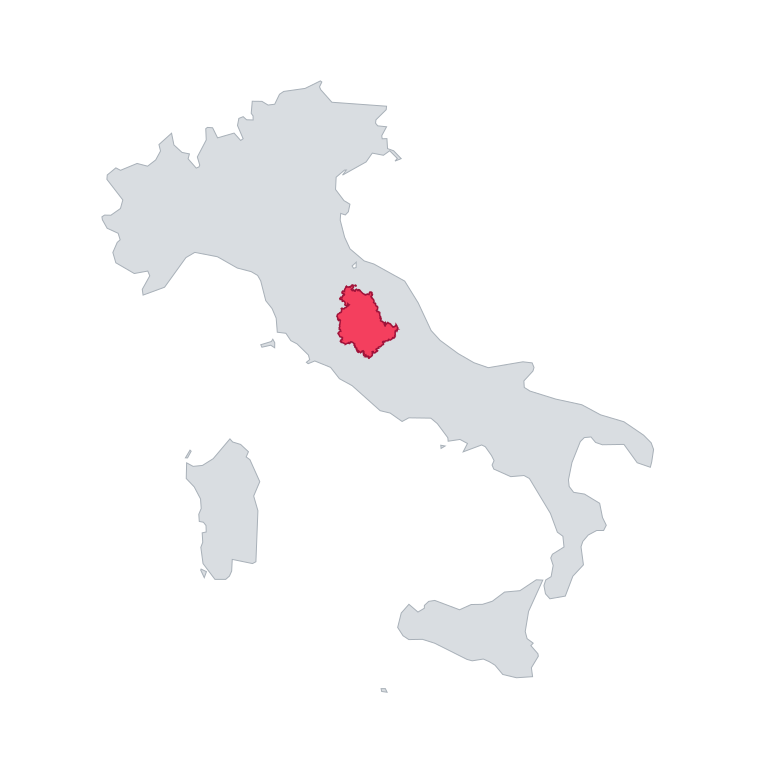 Umbria, Perugia, Italy (highlighted), rotated 353°
{"feature_id": "23120603B26790412086965", "entity_name": "Umbria", "entity_type": "district", "adm_level": 2, "iso_a3": "ITA", "parent_name": "Italy", "parent_adm1": "Perugia", "projection": "orthographic", "projection_center": [12.541, 42.991], "detail": "fine", "context": "in_parent", "style": "filled", "palette": "rose", "viewbox_px": 768, "rotation_deg": 353, "n_neighbors": 0, "source": "geoboundaries", "source_scale": "gbopen_adm2", "svg_char_len": 9697}
<svg xmlns="http://www.w3.org/2000/svg" viewBox="0 0 768 768"><g transform="rotate(353 384 384)"><path d="M144.2,136.8L148.5,139.8L165.8,135.0L175.9,139.0L184.7,133.8L190.6,125.5L189.8,118.9L203.7,109.2L204.6,121.1L211.7,129.5L218.9,131.9L217.0,136.6L223.9,146.8L226.8,146.0L227.8,144.3L226.4,135.9L237.3,120.1L238.2,108.9L240.0,107.8L245.1,108.8L248.8,119.4L265.8,116.7L271.4,124.8L274.1,123.4L270.1,109.6L272.3,102.7L276.8,101.5L279.8,105.0L286.3,106.0L286.7,101.9L285.2,99.2L287.7,87.3L297.3,88.6L302.9,93.0L309.6,93.0L315.6,83.7L320.1,81.4L341.7,81.0L357.8,75.4L359.1,76.7L356.2,81.2L357.1,84.2L366.6,98.0L420.4,108.6L419.6,112.0L408.2,120.8L407.4,124.1L409.2,127.0L417.9,129.0L412.0,137.3L412.1,140.4L416.8,140.8L416.2,150.8L422.0,153.7L428.5,162.4L422.1,164.1L424.7,161.7L418.1,153.2L411.3,156.9L400.5,153.4L393.3,161.4L368.3,171.6L372.7,167.0L370.8,166.9L361.7,172.9L359.6,185.0L366.6,197.1L372.1,201.4L369.6,208.7L366.2,211.5L361.8,209.4L360.5,216.0L362.8,233.5L366.7,245.7L379.3,259.4L388.6,263.7L417.1,284.4L427.8,307.6L437.3,336.7L445.0,347.5L461.1,362.7L475.8,373.8L489.4,380.5L524.6,378.9L533.6,381.1L534.9,385.9L533.4,389.3L523.2,398.0L522.8,404.5L528.0,408.8L552.6,419.9L577.8,428.7L595.2,441.0L617.5,450.7L635.4,466.4L642.0,474.9L643.6,481.8L640.2,494.0L638.2,499.1L625.7,493.0L614.8,473.2L593.3,470.9L586.9,467.8L583.0,461.8L576.3,461.6L571.8,465.1L561.0,484.8L555.4,501.6L555.3,508.3L559.0,514.6L569.6,517.7L583.5,528.7L584.6,543.2L587.4,551.3L584.1,556.2L577.3,555.3L568.3,558.8L562.2,564.4L559.7,569.6L559.9,587.8L548.0,597.8L538.1,616.6L522.5,617.4L518.7,611.9L518.2,603.5L520.7,598.2L526.4,595.6L529.8,584.7L528.3,577.0L530.4,573.5L542.8,567.7L543.0,556.9L538.0,552.2L533.4,532.7L516.8,495.5L511.8,491.9L498.5,491.4L482.6,481.8L481.4,477.6L483.9,473.5L482.0,468.1L476.9,458.6L473.5,456.4L454.3,461.0L459.6,453.2L452.7,448.3L440.7,448.6L440.8,445.1L432.1,429.8L426.3,423.6L404.5,420.6L397.4,423.4L386.6,413.6L376.9,410.0L352.2,381.8L340.4,373.3L333.0,361.0L318.1,352.7L311.2,354.6L309.6,353.0L313.2,350.7L312.5,346.0L302.6,333.6L296.8,329.6L292.8,321.7L284.4,319.6L285.0,305.5L282.1,295.5L276.8,286.9L274.2,266.6L271.8,260.8L265.9,256.3L252.5,251.0L234.2,237.4L212.2,230.3L202.8,234.4L178.0,261.2L155.7,266.4L155.6,260.6L164.7,248.1L163.3,243.1L149.6,243.9L132.6,231.0L130.9,220.4L136.5,210.9L139.7,208.7L138.5,202.0L128.2,195.7L124.5,186.7L124.4,183.7L127.2,182.3L133.5,183.2L143.8,177.7L147.2,169.5L133.9,147.1L134.8,142.8L144.2,136.8ZM370.5,265.0L371.3,259.7L366.7,263.0L367.9,265.4L370.5,265.0ZM517.7,598.0L499.8,627.3L494.0,646.9L495.0,654.2L500.5,659.4L497.9,661.6L503.9,670.5L504.0,673.0L495.7,683.6L495.8,692.6L479.7,691.7L466.5,686.8L459.9,676.6L454.6,672.4L449.1,669.1L437.8,669.5L432.7,667.4L402.6,647.4L391.0,642.1L377.5,640.7L372.2,636.2L367.9,627.3L373.2,613.4L381.9,605.7L389.9,614.5L396.7,611.5L397.1,608.7L401.9,605.2L408.0,605.0L431.5,617.3L443.7,613.5L454.9,614.7L465.1,612.8L478.3,605.2L493.7,605.7L511.3,596.9L517.7,598.0ZM241.7,442.8L248.8,465.8L241.0,479.3L243.4,494.4L235.2,544.8L231.6,546.2L212.0,539.6L210.0,551.1L207.2,555.8L203.1,558.6L192.4,557.3L182.5,540.2L182.3,523.8L184.8,519.0L185.4,509.6L189.5,509.2L190.1,502.8L187.9,499.2L183.9,497.9L184.3,490.7L187.4,485.3L187.9,475.7L183.1,463.0L176.2,453.7L178.5,438.2L184.5,442.5L193.9,442.7L205.4,437.3L224.4,419.7L226.7,423.1L234.3,426.5L241.2,434.7L238.3,439.6L241.7,442.8ZM279.1,326.0L280.6,329.7L279.9,334.7L276.3,331.7L267.3,332.6L266.5,330.0L277.4,328.1L279.1,326.0ZM184.9,548.6L182.0,554.3L179.4,546.4L179.9,545.4L184.9,548.6ZM184.4,427.2L180.0,433.4L177.9,433.1L183.4,426.0L184.4,427.2ZM349.5,690.3L344.2,688.9L344.0,686.0L348.2,686.5L349.5,690.3ZM437.1,453.0L432.8,454.9L432.9,451.7L437.1,453.0Z" fill="#d9dde1" stroke="#a8b0b8" stroke-width="1"/><path d="M359.2,283.3L358.7,282.3L358.1,282.7L357.9,283.6L357.5,283.9L357.3,284.4L356.5,285.2L356.3,286.0L356.1,287.2L355.6,286.7L354.9,287.1L354.6,286.9L354.5,287.2L354.2,286.9L353.6,287.5L353.4,288.2L353.5,288.8L354.5,289.3L354.6,289.6L355.0,289.5L355.1,289.9L355.5,289.9L355.7,290.1L355.6,290.6L355.4,290.8L355.1,290.5L354.8,290.8L353.9,291.2L353.7,291.6L353.8,292.0L353.0,292.8L351.9,292.5L351.7,293.0L350.8,293.4L350.5,293.9L350.8,294.8L351.6,294.8L352.5,294.5L352.8,294.7L352.6,295.9L352.6,296.6L352.7,296.9L353.5,296.8L353.8,296.5L354.8,297.3L355.2,298.2L355.3,299.1L355.2,299.5L355.3,299.7L354.8,300.4L355.1,301.2L356.5,301.9L357.1,301.9L357.4,301.1L357.3,300.8L357.8,299.9L357.9,300.2L358.1,300.2L359.1,301.1L358.6,301.3L358.4,301.9L357.0,302.4L355.8,303.5L354.6,303.5L353.4,304.6L351.5,303.6L350.8,303.9L351.2,305.0L350.9,305.2L350.9,305.8L350.4,306.7L350.6,306.9L350.3,307.5L349.6,307.9L348.8,307.8L348.0,308.6L346.7,309.0L346.1,309.7L345.8,310.8L345.5,311.0L345.9,311.6L345.9,312.3L346.3,313.1L346.2,313.4L345.9,313.8L346.5,315.3L346.7,315.5L347.0,315.3L347.1,314.8L347.4,314.5L348.1,314.9L348.5,315.6L348.1,316.5L348.0,317.3L347.3,319.9L347.0,320.0L347.0,320.9L347.2,321.3L347.1,321.7L346.6,322.4L346.6,322.9L346.4,323.0L346.5,323.2L346.3,324.3L347.3,324.6L347.5,326.4L346.8,326.3L346.1,326.4L345.4,327.5L344.5,328.0L344.6,328.5L345.1,328.6L345.2,329.6L345.5,330.1L346.0,331.7L346.6,332.0L346.9,331.9L347.7,332.5L348.3,332.7L348.2,333.0L348.4,333.3L348.0,333.6L348.0,334.1L347.7,334.3L347.8,334.5L347.5,334.6L347.4,334.8L347.5,334.9L346.9,334.9L346.7,335.0L346.7,335.4L346.1,335.8L345.9,336.3L346.9,336.8L346.6,337.5L348.2,338.0L349.4,338.8L350.4,339.5L350.4,339.9L350.9,339.6L351.5,339.6L352.4,339.1L353.3,339.2L353.8,338.7L354.3,339.5L354.6,339.6L354.9,338.9L355.3,339.2L355.6,339.0L355.6,338.5L356.2,338.0L356.9,338.2L357.4,338.9L357.8,338.7L358.1,338.9L359.1,340.0L359.0,340.4L359.8,340.8L359.1,341.9L359.9,342.4L360.0,342.8L359.7,342.7L359.8,343.0L359.5,343.6L359.7,344.0L360.5,344.7L360.6,345.0L361.2,345.0L361.3,346.1L361.1,346.1L361.1,346.4L360.8,346.4L360.8,346.5L361.1,347.1L361.8,347.4L361.2,347.6L361.2,348.0L361.3,348.1L361.8,347.9L361.8,348.1L362.1,348.1L362.6,348.7L362.4,349.1L362.2,348.8L361.8,348.8L361.8,349.0L362.2,349.3L362.9,349.3L363.4,348.8L364.2,349.4L364.5,350.1L366.1,349.2L366.0,348.8L366.2,348.7L366.8,348.5L367.3,348.9L367.5,348.7L367.9,349.3L367.2,349.8L367.2,350.5L367.9,350.6L368.0,351.0L367.4,351.0L367.4,351.6L367.2,351.8L367.5,352.3L367.3,353.0L367.6,353.2L368.4,352.9L368.9,353.1L369.5,352.8L369.6,353.3L369.2,353.5L369.3,353.7L369.2,354.3L368.6,354.6L368.9,354.7L369.4,354.5L369.6,354.8L370.2,354.3L370.7,354.7L371.5,354.3L371.9,354.7L371.6,354.9L371.6,355.7L371.9,356.5L372.2,356.7L372.4,356.6L372.5,356.4L373.2,355.6L373.6,355.7L374.1,355.5L375.4,354.5L375.7,354.4L375.7,354.1L376.1,353.6L376.0,352.4L376.3,351.4L376.3,350.9L376.1,350.6L376.4,350.4L377.3,350.5L377.2,351.0L377.7,351.7L377.6,351.9L378.7,352.0L379.6,351.6L380.0,350.9L380.3,350.7L380.5,350.9L380.9,350.9L381.7,350.3L380.8,349.4L380.3,348.5L381.1,348.0L381.9,348.1L382.2,347.8L383.1,347.8L382.9,347.1L383.1,347.0L383.1,346.7L384.6,346.4L385.0,346.6L386.1,345.8L386.3,345.4L387.4,344.9L388.3,344.7L388.4,343.9L387.9,342.8L387.7,342.6L387.8,342.0L388.5,341.6L389.3,342.0L389.4,342.4L389.9,342.4L390.2,341.6L390.9,341.4L393.2,341.6L393.6,341.3L393.6,340.7L394.1,340.2L394.4,340.3L394.6,340.9L395.8,341.1L397.8,340.0L397.8,339.8L398.2,339.5L398.2,339.1L398.7,338.9L399.4,339.7L400.6,338.6L400.6,338.0L401.0,337.7L400.6,337.3L401.3,335.9L401.2,335.2L401.2,334.4L401.7,333.6L401.5,332.9L402.1,332.7L402.5,332.2L403.2,332.1L403.4,332.9L403.7,332.4L403.7,332.1L404.0,331.1L404.3,331.1L404.0,330.9L404.3,330.6L404.5,330.0L404.5,329.6L404.1,329.2L403.8,327.6L403.5,327.2L403.2,326.5L403.0,327.3L402.6,327.5L402.2,328.1L401.8,328.0L401.1,328.5L400.9,328.3L400.0,328.7L399.7,328.5L399.7,328.1L399.2,327.8L399.0,327.1L398.1,326.0L397.8,325.2L396.8,324.8L396.8,324.6L396.4,324.6L396.1,324.4L395.3,323.4L394.1,324.5L393.3,324.5L393.1,323.8L392.9,324.4L392.6,324.6L393.0,324.9L393.0,325.0L392.8,325.0L393.0,325.3L392.7,325.5L392.4,326.5L391.9,326.4L391.8,326.0L391.8,325.4L391.6,325.1L391.5,324.6L391.8,323.8L391.7,323.7L391.9,323.1L390.7,322.9L390.7,322.4L390.6,322.2L390.1,321.9L389.7,321.4L389.2,321.5L388.3,320.8L388.5,320.3L388.9,319.6L388.0,318.1L388.4,317.2L388.8,317.5L388.7,317.1L388.8,316.6L388.2,315.9L388.1,315.2L388.4,313.1L388.2,313.2L387.8,312.8L387.7,311.5L386.7,311.2L386.0,311.4L385.4,310.0L386.4,309.5L386.6,309.0L386.8,308.8L386.9,307.7L387.1,307.5L387.0,306.4L386.8,306.1L386.3,306.2L385.7,305.7L385.7,305.3L385.3,304.7L385.4,304.4L385.2,303.9L385.4,303.2L385.2,303.1L385.2,302.8L384.3,302.6L383.6,301.8L384.1,301.1L384.2,300.4L384.0,299.3L383.8,299.1L383.8,298.7L382.9,297.8L382.8,297.2L382.3,297.0L382.3,296.5L381.9,296.1L382.1,295.7L381.8,295.5L382.0,295.1L383.0,294.7L383.3,293.9L382.6,293.2L382.6,292.9L383.0,292.9L382.6,292.4L382.6,292.1L383.1,291.8L382.9,291.5L382.7,291.3L382.1,291.3L381.7,291.0L381.2,291.0L380.4,292.1L380.1,293.4L379.0,293.1L378.8,292.8L378.4,292.9L378.2,292.7L377.8,293.0L377.0,293.0L376.7,293.5L376.3,293.9L376.4,293.6L376.3,293.3L375.8,293.0L375.9,292.8L375.5,292.5L374.8,292.2L373.8,291.3L372.1,289.1L371.8,288.4L371.1,287.6L370.9,287.7L370.2,287.3L369.9,287.7L370.0,288.0L369.6,287.8L369.3,288.0L368.4,286.6L367.9,286.9L367.5,286.8L366.9,287.7L366.8,288.3L366.5,288.4L366.1,288.2L366.0,287.9L366.2,287.6L365.3,286.9L364.6,287.6L363.8,287.4L363.5,286.7L363.0,286.2L363.3,285.7L364.3,285.7L365.1,284.5L365.5,284.2L365.6,283.9L365.1,283.1L365.1,282.8L365.5,282.2L364.8,281.9L364.6,282.5L364.0,282.2L363.9,282.5L363.5,282.8L363.0,282.8L362.8,283.5L362.4,283.8L362.1,283.7L362.2,283.3L361.9,283.2L361.1,283.3L360.8,283.6L359.8,283.2L359.2,283.3ZM367.9,282.4L367.5,282.4L367.1,282.8L367.9,283.4L368.1,283.4L368.3,283.0L367.9,282.4Z" fill="#f43f5e" stroke="#9f1239" stroke-width="1.5"/></g></svg>